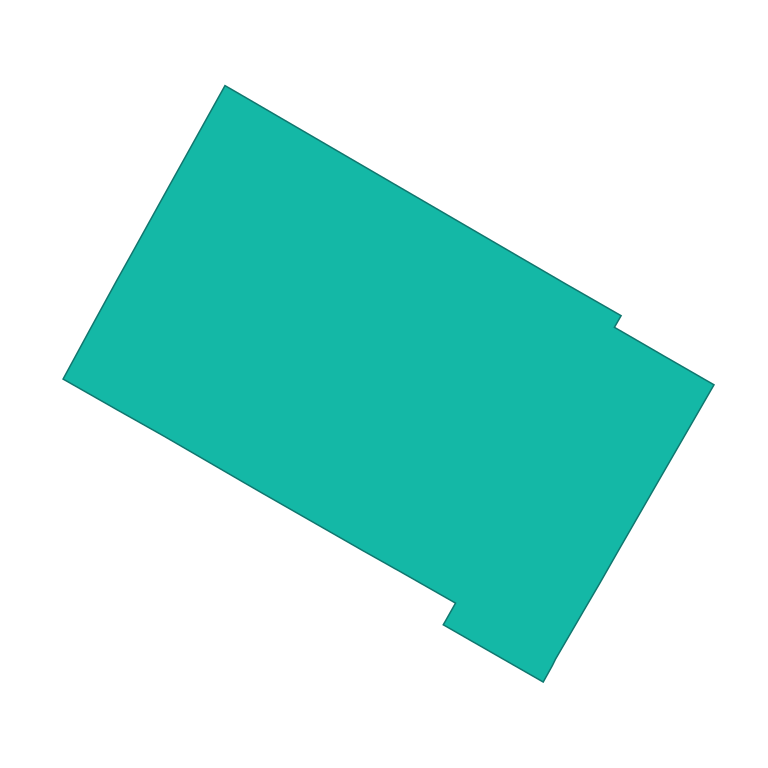 the district of Kane, Illinois, United States of America, rotated 120°
{"feature_id": "52423323B64731524187511", "entity_name": "Kane", "entity_type": "district", "adm_level": 2, "iso_a3": "USA", "parent_name": "United States of America", "parent_adm1": "Illinois", "projection": "albers", "projection_center": [-88.362, 41.937], "detail": "fine", "context": "isolated", "style": "filled", "palette": "teal", "viewbox_px": 768, "rotation_deg": 120, "n_neighbors": 0, "source": "geoboundaries", "source_scale": "gbopen_adm2", "svg_char_len": 606}
<svg xmlns="http://www.w3.org/2000/svg" viewBox="0 0 768 768"><g transform="rotate(120 384 384)"><path d="M540.2,664.4L539.8,602.9L539.8,601.8L539.2,549.0L539.2,548.7L539.4,455.7L539.4,433.9L538.9,318.8L538.5,285.0L538.5,282.4L538.4,280.4L538.0,212.5L557.9,212.3L562.9,212.3L562.8,178.9L562.5,97.1L543.7,97.4L536.4,97.9L486.3,97.7L481.5,97.7L449.2,97.5L410.7,97.7L333.1,97.8L219.7,97.8L219.8,155.3L219.7,212.8L206.3,212.8L206.5,276.9L205.1,651.7L205.1,670.9L315.7,669.1L316.2,669.1L399.7,667.6L428.4,667.2L432.4,667.1L483.5,665.9L540.2,664.4Z" fill="#14b8a6" stroke="#0f766e" stroke-width="1.5"/></g></svg>